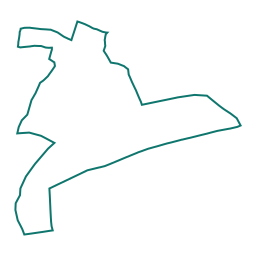 Jayawijaya, Papua, Indonesia (Albers equal-area conic projection)
{"feature_id": "22746128B40741333574981", "entity_name": "Jayawijaya", "entity_type": "district", "adm_level": 2, "iso_a3": "IDN", "parent_name": "Indonesia", "parent_adm1": "Papua", "projection": "albers", "projection_center": [138.85, -4.123], "detail": "fine", "context": "isolated", "style": "outline", "palette": "teal", "viewbox_px": 256, "rotation_deg": 0, "n_neighbors": 0, "source": "geoboundaries", "source_scale": "gbopen_adm2", "svg_char_len": 2543}
<svg xmlns="http://www.w3.org/2000/svg" viewBox="0 0 256 256"><path d="M128.1,69.3L125.6,67.4L124.0,66.1L121.9,65.3L117.9,63.7L110.8,62.6L109.2,59.7L107.0,55.8L103.7,50.8L105.3,45.9L105.1,44.5L105.1,44.2L104.9,41.5L104.7,40.0L104.7,39.9L104.9,39.1L105.3,36.5L105.4,36.0L105.8,34.3L107.3,32.6L105.9,32.5L102.5,31.8L100.2,30.8L96.9,29.3L93.7,28.6L92.2,27.9L89.4,26.3L85.8,24.6L85.2,24.3L82.9,23.4L79.6,22.2L77.4,21.5L73.8,32.7L72.6,36.3L72.3,37.2L71.4,40.1L67.6,38.5L67.3,38.3L64.9,37.2L64.1,36.8L63.4,36.4L59.0,33.4L58.6,33.1L57.7,32.5L55.8,31.7L53.7,30.9L51.0,29.8L50.7,29.7L50.1,29.7L46.2,29.4L41.0,29.1L40.8,29.1L37.8,28.7L30.9,27.9L29.8,27.7L24.5,27.8L20.7,28.7L20.7,29.0L20.1,31.2L19.7,31.9L19.6,34.2L19.6,34.3L19.2,37.2L18.6,40.8L18.4,41.6L18.2,44.8L17.9,46.7L20.2,47.4L25.1,46.9L30.4,46.4L30.6,46.3L34.4,45.8L34.5,45.8L36.5,45.9L39.3,46.0L41.0,46.0L42.3,46.4L45.5,47.5L46.4,47.6L48.7,47.8L49.0,47.8L51.0,47.7L51.9,47.7L51.9,49.4L51.9,49.5L51.2,51.8L49.2,59.0L51.8,60.7L53.1,61.6L54.3,62.3L54.4,62.8L54.9,65.8L54.9,66.1L54.7,66.5L54.2,67.2L52.7,69.4L51.6,71.0L49.2,74.3L48.0,76.1L47.9,76.2L47.6,76.5L43.7,80.2L43.1,80.7L42.8,80.9L40.1,82.8L38.7,86.1L35.3,93.7L34.8,94.4L33.4,96.9L31.5,100.1L27.3,114.7L26.3,115.7L21.8,120.3L18.7,127.1L17.3,133.4L22.7,133.0L29.2,132.6L34.7,134.1L41.0,135.8L45.6,138.2L54.4,142.9L48.1,148.6L35.1,163.8L33.1,166.5L25.9,176.5L20.4,188.5L20.0,195.2L18.6,197.8L15.7,203.2L15.4,209.9L17.7,220.2L18.4,221.6L20.9,226.4L22.3,229.2L24.3,234.5L27.4,234.1L31.7,233.5L44.1,231.7L48.5,231.0L52.7,230.4L51.6,226.3L51.1,221.8L50.8,216.8L50.7,214.8L50.4,209.1L50.2,204.5L49.8,195.9L49.4,188.5L49.8,188.3L57.5,184.6L77.0,175.3L87.4,170.3L93.6,168.8L98.9,167.5L99.6,167.4L104.8,166.1L109.8,164.1L111.5,163.4L120.6,159.6L126.8,157.0L128.2,156.5L130.5,155.5L136.9,152.9L138.7,152.1L138.8,152.1L142.3,150.9L143.3,150.5L148.6,148.6L149.5,148.4L153.4,147.3L156.0,146.6L157.8,146.1L159.2,145.7L163.3,144.5L167.2,143.4L170.6,142.6L179.8,140.2L181.6,139.7L181.9,139.7L188.2,138.2L189.7,137.9L201.7,134.9L207.1,133.6L208.9,133.1L209.7,132.9L210.3,132.7L211.5,132.4L217.3,130.9L229.2,128.7L230.0,128.6L231.3,128.3L231.7,128.2L237.3,126.9L240.6,125.5L236.7,118.2L230.5,113.5L228.8,112.4L223.9,109.2L219.7,106.1L215.5,102.7L211.2,99.2L207.0,95.7L197.5,95.1L194.6,94.9L193.8,95.0L177.6,97.4L175.4,97.9L165.7,99.9L159.8,101.1L153.0,102.5L141.9,104.8L140.9,101.8L139.8,99.4L138.9,97.4L137.1,93.1L136.0,90.4L134.9,88.2L132.4,82.9L132.1,82.3L129.8,76.9L128.7,74.6L128.6,73.6L128.1,69.3Z" fill="none" stroke="#0f766e" stroke-width="2"/></svg>